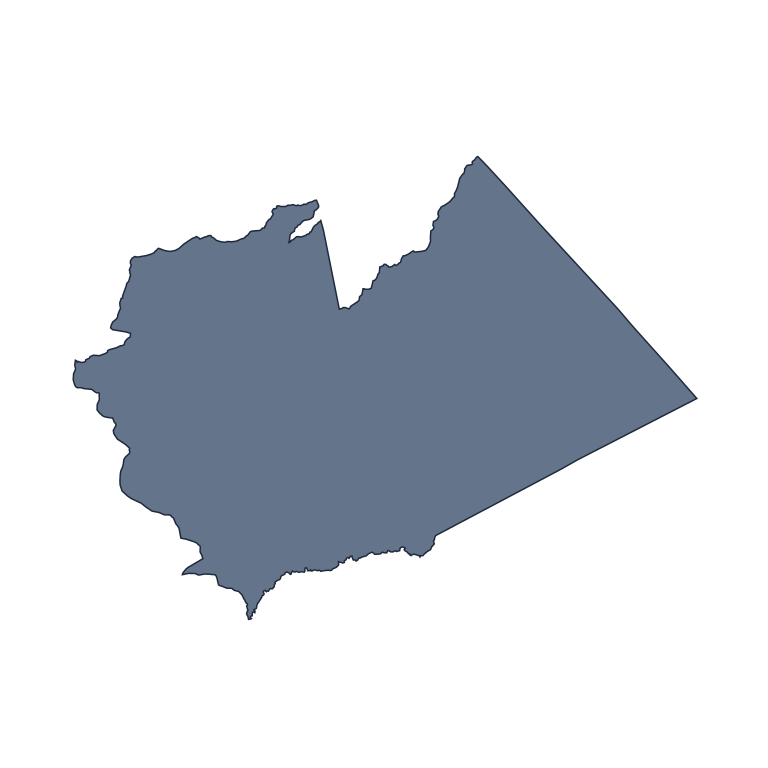 the district of Konoin, Rift Valley, Kenya, rotated 349°
{"feature_id": "3690345B62902351105471", "entity_name": "Konoin", "entity_type": "district", "adm_level": 2, "iso_a3": "KEN", "parent_name": "Kenya", "parent_adm1": "Rift Valley", "projection": "albers", "projection_center": [35.307, -0.537], "detail": "fine", "context": "isolated", "style": "filled", "palette": "slate", "viewbox_px": 768, "rotation_deg": 349, "n_neighbors": 0, "source": "geoboundaries", "source_scale": "gbopen_adm2", "svg_char_len": 6144}
<svg xmlns="http://www.w3.org/2000/svg" viewBox="0 0 768 768"><g transform="rotate(349 384 384)"><path d="M85.6,301.8L84.0,306.5L84.2,310.0L83.7,311.2L81.3,314.5L79.7,320.6L80.2,325.7L80.7,327.4L81.4,328.5L82.4,329.2L85.6,329.7L88.4,331.2L96.1,333.5L98.9,336.7L100.2,337.8L101.9,338.1L102.8,338.8L102.1,341.2L101.8,344.3L101.2,345.7L98.6,349.3L97.4,354.7L99.1,358.0L101.6,361.4L102.9,362.5L105.8,363.9L111.2,365.7L111.9,369.9L113.1,372.0L113.1,373.3L109.4,378.0L109.3,380.8L109.6,382.1L111.8,387.3L118.6,393.9L122.1,398.6L121.3,400.1L121.5,402.1L120.9,403.5L116.2,406.4L114.7,407.9L113.9,409.3L112.9,412.7L111.3,415.9L109.2,418.9L108.0,421.9L106.3,428.7L105.7,432.8L106.5,439.1L110.8,444.9L114.1,448.3L122.9,454.7L126.9,459.4L132.0,464.5L138.6,467.2L143.4,470.5L148.5,471.6L149.7,472.3L149.9,473.4L151.8,475.4L153.0,481.6L154.4,484.0L155.3,486.8L155.2,496.6L159.8,498.4L167.8,502.8L170.1,504.6L171.0,506.3L172.3,507.5L172.6,508.8L171.4,513.7L172.4,517.1L172.9,520.9L156.5,526.7L154.2,528.0L150.6,531.0L149.7,532.7L155.0,532.6L156.9,532.8L162.4,534.0L165.2,536.0L166.5,536.3L171.5,536.3L175.2,537.1L181.9,539.1L182.7,540.8L183.0,542.9L183.2,549.5L184.1,550.4L186.7,551.8L190.4,554.3L195.7,555.6L197.5,557.9L201.8,560.0L204.3,563.8L205.6,568.6L206.3,569.9L206.4,571.5L207.0,572.9L207.9,573.6L207.7,574.9L206.8,575.7L207.2,580.4L206.3,581.2L205.2,583.6L206.1,586.4L206.1,589.2L207.5,589.4L209.1,589.0L208.2,587.6L209.2,586.4L210.5,586.4L211.0,583.5L212.2,582.8L213.5,583.9L214.1,582.4L213.1,580.8L215.9,579.9L217.2,576.5L218.3,575.2L223.3,570.1L223.8,568.7L225.3,568.3L226.3,567.2L225.8,565.8L226.2,564.3L227.9,563.9L228.8,565.5L229.9,565.0L231.0,565.3L232.9,563.3L234.0,563.3L235.1,563.8L237.4,562.3L237.8,560.7L239.2,559.1L239.0,557.7L242.1,556.4L244.3,556.1L245.4,554.9L245.8,553.4L246.8,552.7L250.1,551.9L251.2,550.4L252.7,550.0L253.7,550.6L254.9,551.6L255.6,553.0L256.8,552.7L257.5,550.8L258.6,550.2L259.6,551.3L261.1,551.6L262.6,551.3L264.7,552.7L267.1,552.5L269.8,553.5L270.8,552.4L270.8,550.8L271.5,549.6L272.9,549.7L273.5,552.8L275.2,553.0L276.5,552.4L276.8,553.7L278.2,553.8L279.7,553.1L281.5,553.7L283.1,554.6L285.1,554.5L286.4,555.9L288.4,555.7L293.9,556.2L295.5,556.9L297.0,556.8L298.3,555.7L302.1,554.9L303.9,553.8L305.0,552.8L305.4,549.7L309.5,551.9L311.1,551.6L311.3,550.0L313.3,549.2L314.3,547.6L315.5,547.3L316.4,548.5L318.3,546.7L319.8,546.9L319.7,548.4L320.3,551.0L322.0,551.1L322.8,552.5L324.9,551.6L325.7,550.2L327.5,550.3L329.1,549.7L333.8,549.3L336.5,547.6L340.3,546.8L341.4,547.9L342.3,549.4L347.2,550.1L348.7,549.8L350.2,548.7L351.6,549.6L354.4,550.3L356.1,548.2L357.1,548.7L358.1,549.8L359.3,550.3L361.1,550.5L363.0,549.7L364.2,550.8L367.6,550.6L368.3,548.4L369.8,547.6L371.2,547.5L372.5,548.1L373.6,549.2L372.2,550.2L372.6,551.5L374.9,553.6L375.6,555.3L376.9,555.5L376.8,556.9L377.8,557.6L379.2,556.9L381.2,556.8L385.8,559.3L386.3,560.7L387.2,559.5L388.6,559.9L389.7,559.8L391.5,558.2L392.7,557.9L394.0,556.9L398.0,555.5L399.7,553.0L402.9,550.5L402.6,547.7L403.9,546.3L404.2,544.8L405.9,542.6L542.1,501.2L559.4,495.4L688.3,457.9L667.3,421.9L639.3,375.1L628.3,355.6L568.3,258.3L542.2,214.8L526.7,189.6L519.5,178.6L518.1,179.0L515.7,181.3L513.9,182.1L512.8,183.1L512.9,184.7L511.8,185.5L508.7,185.2L507.0,185.4L504.2,188.3L503.9,190.0L502.6,192.5L501.3,193.0L497.6,196.5L493.9,204.5L492.1,207.4L489.5,210.6L488.9,213.6L487.4,214.3L483.5,217.5L478.6,219.7L474.0,221.1L470.0,225.3L469.3,228.0L469.8,229.4L469.1,230.7L467.7,232.4L465.6,233.6L463.6,233.8L462.3,237.6L462.9,239.6L462.3,240.9L461.0,242.0L459.2,242.7L457.4,249.4L457.0,252.4L456.5,253.6L453.5,258.2L450.4,260.8L447.1,261.0L440.3,260.5L438.8,260.0L438.4,259.0L437.1,259.2L432.8,261.1L428.7,262.1L427.4,261.8L425.2,264.2L423.4,267.7L421.4,268.4L420.2,269.4L418.4,269.9L417.2,268.7L414.3,270.2L411.0,270.3L410.6,269.1L408.2,266.7L406.7,266.6L405.6,267.8L402.2,268.3L400.6,273.9L399.3,274.7L396.9,278.8L394.5,280.5L393.0,280.5L389.8,287.5L387.1,288.1L384.0,287.5L382.9,286.8L381.6,286.5L379.4,292.1L376.7,293.6L375.5,297.0L373.7,298.2L366.0,301.4L365.0,303.0L363.9,303.6L360.9,301.7L358.6,301.1L357.4,301.8L354.4,302.0L353.9,221.5L353.1,211.5L352.1,212.4L350.4,212.9L349.1,214.1L346.1,215.4L344.5,216.7L341.6,220.6L340.2,220.8L339.5,222.1L336.9,222.4L335.7,223.1L330.9,223.9L327.7,222.9L326.2,222.8L322.3,225.0L320.4,225.4L319.0,226.7L317.6,226.9L318.5,225.4L320.0,220.5L321.1,218.7L325.3,216.8L325.6,215.4L326.8,213.8L328.3,213.5L330.2,211.6L331.8,211.5L334.2,209.5L336.6,208.2L342.0,208.2L344.2,207.6L346.4,206.4L348.8,200.7L350.6,200.1L353.4,198.2L353.9,196.4L352.8,190.7L351.0,190.5L348.2,191.4L344.5,191.6L341.1,192.9L339.9,192.1L337.2,193.0L335.0,192.7L333.4,191.8L331.8,192.4L329.2,190.6L325.0,190.6L323.9,190.1L321.3,191.0L316.7,190.1L314.2,188.8L312.5,189.1L312.0,190.8L310.8,191.3L309.3,190.8L308.1,191.8L307.0,193.2L307.2,194.8L307.8,196.1L303.9,200.3L302.5,200.6L299.5,203.1L298.3,205.6L297.1,206.5L296.4,208.0L294.4,207.8L291.8,209.6L283.5,208.7L281.8,209.0L278.8,211.8L277.1,212.4L274.0,214.4L272.5,214.2L266.3,215.6L261.6,215.3L257.3,214.2L255.5,214.6L251.3,213.4L247.0,211.1L244.7,208.1L243.1,206.9L242.3,205.2L239.8,204.9L237.8,205.5L236.2,205.5L230.8,206.6L230.3,205.4L228.0,203.4L226.5,204.1L224.0,204.4L218.3,206.7L213.9,208.6L208.7,211.8L204.3,213.1L200.2,213.1L198.1,212.7L194.1,211.1L188.7,207.8L187.2,208.4L185.9,209.6L184.6,210.0L183.7,211.1L180.6,212.0L175.2,212.6L166.4,212.4L163.6,211.3L160.7,212.5L158.5,214.9L158.1,217.5L158.6,219.1L155.7,223.6L156.0,225.0L155.7,226.6L156.0,228.6L153.0,234.5L150.8,236.1L149.3,239.2L144.6,247.0L144.0,248.4L144.0,249.6L142.2,249.9L141.6,251.5L140.7,252.7L140.1,253.9L139.7,257.6L139.9,258.9L139.4,260.2L138.5,261.1L135.8,265.6L135.2,267.6L133.6,269.2L129.6,271.3L127.8,273.7L126.3,276.7L127.9,278.9L140.7,283.7L144.8,285.9L143.9,289.3L140.9,290.5L138.2,292.6L137.2,294.0L136.7,295.5L135.3,296.3L132.4,296.2L130.2,296.9L127.5,297.4L121.0,297.9L119.1,298.5L118.4,300.2L116.6,300.8L110.1,301.9L104.3,300.3L102.2,300.7L100.5,301.2L99.8,302.4L95.9,303.3L95.4,304.8L93.4,305.3L91.4,305.2L89.4,304.4L88.1,303.4L87.0,304.1L86.7,302.7L85.6,301.8Z" fill="#64748b" stroke="#1e293b" stroke-width="1.5"/></g></svg>